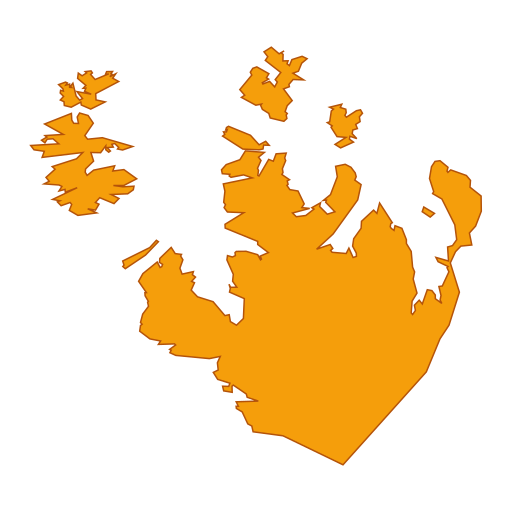 Måsøy nor, Finnmark, Norway (Albers equal-area conic projection)
{"feature_id": "86288312B81169350398117", "entity_name": "Måsøy nor", "entity_type": "district", "adm_level": 2, "iso_a3": "NOR", "parent_name": "Norway", "parent_adm1": "Finnmark", "projection": "albers", "projection_center": [24.684, 70.867], "detail": "fine", "context": "isolated", "style": "filled", "palette": "amber", "viewbox_px": 512, "rotation_deg": 0, "n_neighbors": 0, "source": "geoboundaries", "source_scale": "gbopen_adm2", "svg_char_len": 5956}
<svg xmlns="http://www.w3.org/2000/svg" viewBox="0 0 512 512"><path d="M481.1,196.0L470.0,187.2L470.5,180.4L466.4,175.5L450.7,169.9L447.9,172.4L447.0,171.1L448.0,167.3L440.0,160.7L435.0,161.4L431.5,166.7L429.5,178.5L433.7,191.6L432.6,193.6L441.9,199.0L454.8,224.8L456.7,239.7L452.5,245.6L447.6,247.0L448.5,261.0L435.9,257.4L438.1,261.7L448.1,266.5L447.0,267.7L448.9,271.8L442.3,286.0L438.9,286.5L441.0,295.5L440.1,300.0L441.8,303.4L435.3,298.7L435.3,295.0L431.9,290.6L427.3,289.7L422.3,304.0L419.2,300.2L414.4,305.2L415.4,310.5L412.6,314.5L411.2,312.9L412.1,301.1L417.0,293.1L413.2,279.0L414.6,271.9L412.6,267.1L411.2,251.4L406.4,243.5L406.4,239.7L401.9,228.3L395.0,225.7L394.0,230.4L391.3,228.4L390.2,226.8L390.8,223.6L392.3,222.7L379.6,203.0L376.9,213.4L373.6,210.1L361.5,221.3L361.1,228.3L353.7,238.7L352.6,246.1L356.3,253.1L356.4,256.4L353.1,257.5L348.9,248.1L346.2,253.5L332.1,252.3L330.6,250.4L332.8,248.5L330.2,244.5L316.6,249.2L333.1,234.0L357.7,199.9L361.1,184.6L354.8,180.1L356.2,176.7L355.2,172.9L351.0,167.3L345.2,164.3L335.6,166.3L337.3,176.8L330.5,194.6L323.4,200.4L326.5,200.1L325.7,202.3L334.9,211.8L327.3,214.2L319.6,206.5L320.5,202.8L311.8,207.7L314.0,209.1L305.8,215.5L296.3,216.7L292.5,213.0L309.7,208.4L301.8,207.6L304.2,203.9L298.0,191.0L289.8,189.6L286.9,185.4L288.1,184.3L287.2,180.9L289.5,179.7L281.9,174.5L283.0,172.5L282.4,168.7L285.7,160.6L284.7,158.0L286.2,153.1L276.1,153.8L273.3,161.2L268.7,159.4L259.0,176.0L257.8,175.4L258.5,170.4L257.5,168.3L261.0,160.5L258.5,157.2L264.4,152.4L245.4,150.9L239.9,159.7L226.2,164.6L221.5,169.8L222.3,173.7L229.9,174.3L229.2,176.0L231.0,177.3L243.6,174.9L252.3,177.9L223.3,183.9L224.9,191.2L223.7,202.3L225.5,204.7L224.1,207.6L227.4,212.0L243.8,212.7L225.0,224.3L225.2,228.1L257.7,241.4L257.7,244.5L268.4,252.6L260.2,256.1L261.5,259.1L260.5,259.9L257.7,254.7L246.1,251.3L236.3,251.4L235.0,252.6L235.4,255.6L232.4,257.0L227.5,255.6L226.9,259.9L233.3,274.3L232.6,281.2L236.8,287.2L230.6,287.3L229.0,284.2L230.3,288.4L229.5,292.1L244.3,298.6L243.4,318.5L236.5,325.2L230.4,321.6L229.2,314.7L224.9,315.6L213.1,301.7L197.5,296.8L191.2,290.1L194.5,282.7L191.6,281.4L195.5,277.1L192.4,274.7L193.4,271.6L182.1,274.1L179.9,268.2L182.9,259.8L180.6,256.0L181.5,254.4L175.2,253.6L171.2,247.4L159.8,258.4L159.5,262.4L162.6,264.4L161.8,266.6L160.1,267.5L157.2,262.0L142.9,273.6L138.6,281.3L146.4,292.6L144.9,292.7L145.1,295.8L148.4,301.4L147.6,302.2L148.5,306.3L142.7,314.1L140.5,322.5L142.1,324.2L140.5,325.5L139.7,331.2L149.9,338.9L160.6,341.0L158.4,344.4L174.5,343.9L175.6,345.0L169.6,349.4L171.2,350.2L169.9,352.7L175.8,355.4L209.4,358.6L220.3,356.4L217.4,362.8L218.2,370.0L213.3,372.4L217.7,379.4L229.9,383.2L228.7,386.4L222.6,386.2L223.7,390.9L232.2,392.3L232.0,386.2L233.3,385.1L246.3,394.0L247.2,397.3L258.3,401.1L236.2,401.8L238.4,406.3L236.1,406.3L236.4,408.5L242.2,411.9L247.8,423.9L251.8,426.0L253.1,431.8L283.0,435.8L343.0,464.8L426.3,371.9L440.0,338.8L449.0,325.2L459.4,292.2L450.3,262.9L455.5,251.7L460.9,246.1L471.8,245.0L469.4,233.0L475.6,226.1L481.3,211.2L481.1,196.0ZM88.1,115.5L79.6,113.0L77.2,117.0L78.5,123.5L73.7,123.3L71.8,120.1L71.4,113.4L44.6,124.0L63.3,134.4L45.0,135.6L46.8,137.1L41.5,140.2L44.9,142.8L47.2,139.2L53.0,138.8L58.8,143.8L30.7,145.5L34.0,149.8L44.3,151.3L42.1,157.4L82.8,152.5L76.5,158.8L52.2,166.6L55.1,169.2L46.0,177.4L49.2,181.3L44.1,183.9L59.0,185.0L61.9,186.4L59.0,191.0L65.0,189.4L65.3,192.2L77.2,187.7L52.6,199.4L59.9,200.8L57.4,201.9L61.1,205.7L70.1,202.5L71.7,204.4L69.3,210.4L77.9,215.4L96.7,212.9L87.7,208.8L95.5,210.1L99.0,204.2L95.4,202.5L99.7,197.7L114.0,203.6L119.0,198.5L111.1,194.5L127.7,193.8L133.3,189.8L134.0,186.2L122.9,186.8L113.4,185.5L123.7,185.5L136.7,178.8L123.9,169.6L112.8,171.0L114.7,165.8L93.7,170.1L87.1,175.4L85.2,172.2L85.6,168.9L93.6,161.1L90.9,152.5L100.6,152.7L105.8,145.8L105.8,149.8L108.7,152.2L110.4,151.0L107.1,147.6L113.3,147.1L111.8,144.3L114.7,143.5L118.7,147.4L117.5,149.0L122.6,150.0L132.7,146.5L102.4,137.7L87.6,139.2L84.8,135.6L93.3,123.2L88.1,115.5ZM279.1,53.8L271.3,47.2L264.0,51.8L267.8,56.7L265.3,60.4L280.8,72.5L275.2,79.6L277.3,82.0L274.7,86.9L269.6,81.4L262.9,84.0L262.3,82.7L268.6,79.1L266.4,77.8L268.9,73.7L256.8,66.9L252.8,68.3L250.3,72.2L251.8,75.1L239.8,89.6L244.7,95.2L241.4,97.4L255.8,105.2L261.5,104.1L260.6,105.3L262.4,109.4L268.8,113.4L270.2,118.0L283.9,121.3L286.9,118.5L286.2,115.0L287.3,113.5L285.1,111.7L287.2,105.7L292.2,100.6L283.5,88.9L289.4,86.7L288.9,84.4L293.1,79.5L303.7,79.9L292.9,73.2L298.4,71.2L301.7,63.2L307.1,58.7L302.1,56.3L291.9,59.6L289.4,65.6L287.0,63.8L288.1,60.8L282.9,60.9L283.1,54.4L281.2,52.8L284.1,50.9L279.1,53.8ZM111.0,73.6L112.5,71.5L106.6,71.6L105.4,74.6L108.8,73.8L95.1,79.5L90.6,74.4L92.4,72.9L91.1,70.9L85.2,71.6L86.6,72.9L82.1,75.8L78.3,73.1L77.6,78.4L85.9,85.4L83.1,88.3L85.9,88.2L84.5,91.3L91.2,94.2L77.0,91.6L82.5,98.6L79.6,100.1L76.1,96.0L72.9,83.2L70.6,86.1L71.7,87.5L69.6,87.3L69.6,84.1L65.8,85.1L67.3,82.9L65.5,82.1L58.6,84.6L63.0,88.9L63.4,91.1L60.6,90.3L60.2,93.0L63.6,96.4L60.3,100.0L64.0,101.7L64.3,105.5L71.2,107.2L80.8,102.1L81.3,105.0L90.7,109.1L105.2,101.9L96.0,99.9L95.7,93.6L118.7,81.5L112.7,78.2L115.7,73.8L109.9,76.7L111.9,74.2L111.0,73.6ZM341.8,104.2L329.6,107.2L333.5,109.1L331.3,111.0L329.7,121.8L327.3,122.6L332.2,125.9L331.0,127.2L337.0,136.6L346.0,137.4L335.0,144.4L340.6,147.9L353.5,142.1L349.4,139.1L349.9,136.3L356.8,138.6L352.2,133.7L352.8,130.0L357.4,128.6L355.7,124.4L360.1,121.6L359.4,116.8L362.5,113.3L360.5,109.8L356.4,110.7L346.4,117.2L344.9,115.4L346.2,112.7L345.8,109.2L340.3,107.5L341.8,104.2ZM250.5,135.3L228.5,126.3L226.5,127.5L225.7,130.0L227.3,129.5L226.4,131.9L223.5,131.9L224.8,134.4L222.6,136.1L242.9,149.1L259.2,149.8L263.0,149.0L263.6,145.1L269.2,145.3L265.7,141.3L259.1,144.8L250.5,135.3ZM125.3,268.7L145.5,255.1L158.4,241.7L156.4,240.3L149.7,247.6L122.7,261.0L124.0,265.1L122.8,266.5L125.3,268.7ZM434.5,213.4L423.8,207.0L422.2,211.7L430.2,217.1L434.5,213.4Z" fill="#f59e0b" stroke="#b45309" stroke-width="1.5"/></svg>